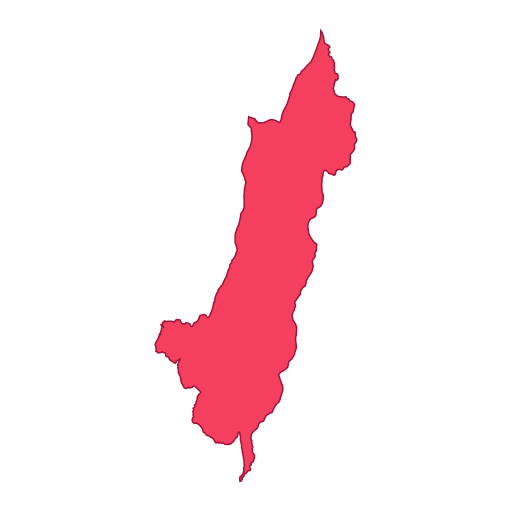 outline of Santa Barbara, Santander, Colombia
{"feature_id": "7082276B97300956542202", "entity_name": "Santa Barbara", "entity_type": "district", "adm_level": 2, "iso_a3": "COL", "parent_name": "Colombia", "parent_adm1": "Santander", "projection": "equal_earth", "projection_center": [-72.939, 6.992], "detail": "fine", "context": "isolated", "style": "filled", "palette": "rose", "viewbox_px": 512, "rotation_deg": 0, "n_neighbors": 0, "source": "geoboundaries", "source_scale": "gbopen_adm2", "svg_char_len": 6069}
<svg xmlns="http://www.w3.org/2000/svg" viewBox="0 0 512 512"><path d="M355.1,132.1L353.9,131.9L352.6,130.4L352.0,128.6L350.6,126.0L350.2,124.1L351.1,118.9L350.9,118.0L351.4,115.8L351.0,114.6L351.4,113.6L352.4,112.9L353.4,110.6L353.6,108.4L354.6,105.4L354.3,103.9L352.4,101.6L349.6,100.8L349.0,99.2L346.7,98.2L345.9,96.8L342.7,97.1L337.6,96.3L334.8,93.8L333.3,88.3L334.3,84.4L334.1,83.0L334.8,82.5L335.4,79.8L336.1,80.4L336.7,80.2L338.1,78.7L337.9,74.7L337.4,73.9L335.4,73.5L334.8,72.9L334.8,71.3L334.1,70.1L334.6,67.4L334.1,64.9L334.5,63.9L334.3,62.8L333.7,61.9L333.7,60.8L333.1,59.9L332.1,59.3L331.6,57.3L331.0,56.7L329.3,56.0L328.5,55.1L328.6,54.1L329.8,52.8L329.8,52.0L328.4,50.2L328.4,49.4L328.6,48.5L329.9,47.0L328.8,45.6L324.8,43.3L324.0,41.1L323.6,37.5L323.2,35.8L321.8,32.1L320.8,30.7L320.5,36.9L319.6,40.2L313.8,56.0L311.1,61.7L306.3,66.4L304.2,69.0L301.5,71.2L300.3,74.1L298.2,74.7L297.6,75.2L296.9,77.4L295.8,78.4L295.7,79.6L292.9,86.5L292.6,88.0L289.8,93.8L289.9,95.2L287.1,104.1L283.6,110.6L282.6,113.2L281.8,115.5L281.3,119.1L280.4,121.7L279.4,122.5L275.0,120.3L272.0,119.6L270.4,119.7L263.6,122.7L259.0,123.0L256.7,121.6L254.7,118.8L249.5,117.2L248.7,116.7L248.0,123.8L248.1,124.7L250.8,127.6L251.5,129.1L251.2,130.9L251.8,131.8L251.5,132.5L251.9,133.1L251.7,133.9L252.1,135.7L251.8,137.1L252.0,137.5L251.9,138.9L251.3,142.4L250.1,146.9L247.1,152.1L246.1,155.4L243.1,162.2L241.9,166.9L241.6,169.8L241.8,171.3L244.6,177.6L245.8,182.7L244.6,188.3L244.0,195.4L244.2,204.0L244.1,207.3L242.9,210.8L241.3,212.9L240.7,214.1L240.3,218.3L238.8,224.4L236.8,229.0L236.5,230.5L235.2,233.9L235.1,242.6L236.6,246.6L237.1,249.3L237.0,251.2L236.1,252.8L235.6,254.9L233.9,258.2L233.5,258.9L232.0,260.1L231.5,262.8L230.1,264.2L229.8,265.1L229.8,267.3L229.5,268.1L228.4,269.6L226.5,276.1L223.9,281.1L222.4,284.5L218.4,289.6L217.9,291.6L216.8,293.1L215.3,296.9L214.6,301.8L213.5,302.7L213.5,304.5L213.2,306.0L211.7,311.0L210.0,315.0L208.7,317.1L208.0,317.6L207.4,317.6L206.0,315.5L204.3,314.4L200.3,315.4L199.7,316.0L198.5,319.4L197.7,320.7L196.1,322.2L194.5,322.5L193.9,323.2L192.5,325.9L191.9,326.5L191.0,326.3L189.7,323.9L188.3,323.2L186.1,322.8L185.7,322.9L185.3,323.9L182.6,323.8L181.9,323.5L181.1,322.4L180.2,320.2L179.7,319.7L177.9,319.8L177.0,319.4L176.3,319.7L174.3,321.7L173.7,321.9L171.1,321.2L167.7,321.3L166.9,321.7L164.7,320.9L164.2,321.1L163.8,322.3L163.1,322.2L162.4,322.8L162.5,325.1L161.1,324.7L161.4,326.0L162.7,326.2L163.4,327.2L161.5,328.1L161.5,329.8L160.5,332.0L160.7,333.8L159.6,333.9L159.4,335.0L159.8,335.6L158.7,336.2L158.6,337.8L155.8,342.5L155.2,344.6L156.0,347.6L156.1,349.7L155.9,351.4L157.3,351.9L158.0,353.0L158.8,352.7L159.8,352.9L162.5,351.7L163.3,352.6L165.0,352.9L165.6,353.6L165.7,355.5L166.0,356.2L167.2,356.9L168.0,356.5L168.6,357.4L169.1,357.7L169.2,359.0L169.6,359.7L175.0,363.3L176.3,362.1L176.3,360.6L178.1,360.4L180.0,359.0L180.0,359.6L178.4,362.6L177.9,364.6L177.8,367.0L178.5,371.5L178.3,372.8L179.0,373.4L179.3,374.7L180.5,376.8L180.3,377.8L181.1,379.3L180.9,380.7L181.1,382.0L181.8,383.5L182.3,384.0L182.8,385.3L183.6,386.3L183.7,387.2L184.9,388.1L186.4,388.5L187.5,387.6L188.5,387.8L188.9,387.1L189.5,387.9L192.0,387.5L193.3,386.2L194.5,386.0L201.0,392.1L198.6,394.6L198.3,395.5L197.5,396.1L197.1,399.6L196.0,402.0L196.0,403.2L195.6,404.0L194.4,405.1L194.8,405.9L194.7,407.1L193.1,408.2L193.6,409.7L192.9,411.5L193.3,413.2L193.1,415.4L193.6,416.9L192.7,417.9L192.1,419.8L192.8,422.3L194.3,423.4L196.9,423.2L200.4,425.9L202.7,429.2L203.2,432.0L204.7,432.7L206.9,435.6L207.9,435.5L209.4,436.2L210.6,437.3L211.5,437.5L213.3,438.7L215.1,442.1L215.9,443.0L217.4,442.3L218.6,443.1L220.6,442.4L221.8,443.3L223.7,443.2L225.0,444.4L229.2,444.4L231.2,443.5L233.6,441.4L235.5,438.2L236.9,437.4L237.9,434.7L238.1,433.0L238.6,432.1L239.2,432.0L239.6,432.5L240.0,435.0L240.5,436.6L240.4,439.6L241.6,445.6L241.6,447.9L242.3,449.6L242.3,451.2L244.0,460.6L244.3,466.2L243.6,468.0L243.9,471.3L243.3,471.8L243.2,473.4L242.1,474.3L241.5,476.1L240.4,476.3L239.7,477.9L239.9,481.3L241.0,481.1L242.2,479.4L242.4,477.7L243.4,477.0L244.6,474.4L245.0,474.1L245.0,473.5L246.2,473.1L248.2,470.6L249.3,470.7L250.4,470.2L250.6,468.9L249.8,467.6L249.6,466.1L250.5,465.1L251.2,465.0L251.0,463.0L251.2,462.5L251.9,462.5L253.3,461.6L254.4,457.4L254.6,456.0L254.2,454.6L252.8,452.9L252.4,451.4L252.4,449.8L252.1,449.0L252.8,447.2L251.9,444.4L252.0,443.4L251.5,442.1L251.9,440.6L251.1,439.6L251.0,437.6L251.0,436.6L251.4,436.0L251.3,434.6L251.6,433.8L253.8,431.0L256.8,428.7L258.1,426.5L258.6,424.0L260.6,421.9L262.7,421.5L263.7,420.8L265.7,416.3L266.8,415.0L269.1,413.8L269.9,412.9L271.5,412.8L272.2,412.2L273.7,408.6L275.3,405.8L276.9,403.6L278.5,402.4L279.6,400.6L282.8,390.0L282.7,386.6L279.3,377.1L278.9,375.5L278.9,374.2L280.6,372.2L284.6,370.0L287.4,367.6L287.8,366.9L288.7,362.1L289.7,360.8L291.9,358.9L294.7,353.8L294.8,352.3L295.9,349.5L296.4,346.6L295.6,340.2L295.6,337.6L296.2,335.1L296.6,329.6L296.6,327.0L295.4,323.9L292.9,320.0L292.1,315.9L292.3,314.3L293.3,311.6L294.2,310.0L294.7,308.0L295.5,306.4L294.7,301.9L296.2,300.0L298.4,296.6L300.3,294.4L300.3,293.0L300.7,290.8L302.8,287.5L305.4,285.8L306.4,280.6L308.3,277.0L311.5,272.3L312.3,270.1L313.2,266.1L312.4,262.4L312.4,260.7L313.1,259.1L314.4,258.0L315.3,255.6L314.7,253.8L314.9,252.8L316.3,250.7L316.5,248.5L316.4,246.3L316.8,244.4L316.4,243.8L314.1,242.3L311.4,238.8L308.8,233.9L307.8,226.4L308.2,222.9L309.5,220.4L310.7,218.8L314.3,217.2L315.6,215.9L316.1,214.2L316.2,210.1L317.2,208.3L319.4,207.2L320.9,205.8L322.1,203.7L322.9,201.0L323.3,197.8L323.2,194.9L322.0,192.4L321.7,184.4L322.0,181.2L322.0,177.6L322.7,176.6L323.2,172.8L323.8,171.1L324.6,170.2L326.3,170.7L327.8,171.8L328.7,173.4L331.8,174.1L333.3,175.0L334.3,175.2L335.3,174.5L335.7,172.1L337.0,169.9L338.9,169.4L340.3,169.5L341.5,170.0L342.6,169.6L344.4,167.0L346.8,166.7L349.9,164.0L350.3,162.5L350.1,161.3L350.3,158.5L350.2,155.2L350.7,154.0L352.4,152.2L354.3,149.3L354.7,148.4L354.4,144.9L354.9,143.6L356.2,141.7L356.6,140.6L356.8,139.2L355.5,136.8L355.1,132.1Z" fill="#f43f5e" stroke="#9f1239" stroke-width="1.5"/></svg>